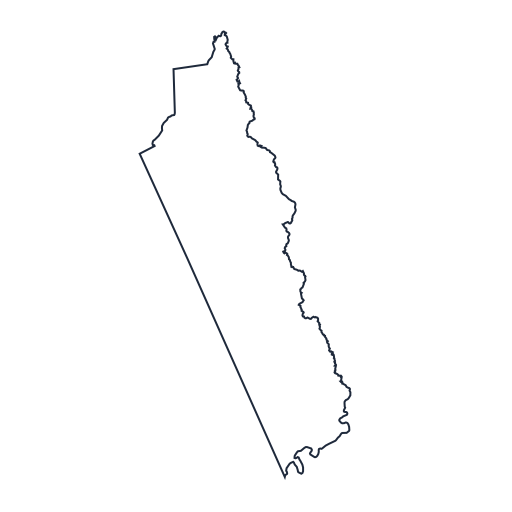 outline of Vila Rica, Mato Grosso, Brazil, rotated 242°
{"feature_id": "56859067B13975352293553", "entity_name": "Vila Rica", "entity_type": "district", "adm_level": 2, "iso_a3": "BRA", "parent_name": "Brazil", "parent_adm1": "Mato Grosso", "projection": "mercator", "projection_center": [-51.45, -10.016], "detail": "fine", "context": "isolated", "style": "outline", "palette": "slate", "viewbox_px": 512, "rotation_deg": 242, "n_neighbors": 0, "source": "geoboundaries", "source_scale": "gbopen_adm2", "svg_char_len": 6064}
<svg xmlns="http://www.w3.org/2000/svg" viewBox="0 0 512 512"><g transform="rotate(242 256 256)"><path d="M285.4,194.2L47.4,177.7L48.8,178.9L49.0,181.0L49.5,181.5L51.0,181.9L52.2,181.8L54.3,183.4L56.7,188.0L57.0,189.3L56.8,192.2L55.8,192.5L53.7,192.3L50.7,193.0L47.6,192.4L46.0,191.9L45.2,191.9L42.5,193.8L42.6,195.1L43.8,196.5L47.2,198.3L50.1,199.0L54.8,199.0L55.7,198.8L58.0,199.1L58.9,198.4L58.7,197.3L58.8,196.0L59.6,195.2L61.2,196.2L61.7,196.8L63.5,200.1L63.9,201.4L62.9,204.1L63.9,208.8L63.9,210.4L63.3,211.4L60.1,214.4L58.5,214.3L57.6,213.3L57.0,211.9L56.4,211.0L55.3,210.8L50.9,213.3L50.5,214.0L50.4,215.0L50.8,216.3L51.9,218.0L53.5,219.4L55.3,220.3L56.0,221.0L55.9,222.3L55.0,223.3L55.0,224.0L55.9,228.6L55.9,232.4L55.6,239.3L55.8,240.1L57.2,243.2L57.6,245.2L58.9,247.4L59.3,248.5L59.1,249.4L57.3,253.0L57.9,256.1L58.5,256.7L61.4,258.0L64.0,258.5L65.6,258.3L66.4,257.7L66.9,257.0L67.0,255.4L67.8,253.6L68.8,252.9L71.1,252.3L71.9,252.4L72.4,252.8L73.1,254.2L73.1,256.6L73.5,257.6L73.1,261.6L73.8,262.6L75.0,262.9L75.8,262.5L76.6,261.2L77.4,260.6L78.6,261.2L80.2,263.5L81.3,263.6L84.8,265.2L85.8,265.9L86.2,266.7L86.6,267.7L86.5,269.8L87.1,271.3L88.7,273.9L91.4,275.4L93.2,275.4L94.4,276.5L95.5,276.4L96.4,275.5L97.9,274.5L99.8,274.5L102.1,273.0L102.8,272.3L103.3,272.8L104.8,271.9L105.6,271.7L105.3,272.9L106.2,272.7L109.1,275.0L110.0,274.9L109.8,274.1L110.9,274.1L111.7,272.5L112.7,272.7L113.7,272.3L115.4,270.8L116.2,270.7L116.5,271.5L117.4,271.5L118.0,272.7L119.0,272.8L121.4,274.9L122.1,274.1L122.6,275.5L124.1,275.3L125.0,275.9L125.8,275.5L126.3,276.5L127.7,276.7L128.6,277.1L129.3,276.8L129.9,277.4L132.1,278.2L132.9,278.1L132.8,277.0L133.4,276.6L134.3,277.2L135.0,278.6L136.6,277.5L136.6,276.6L138.3,276.2L139.7,277.8L140.7,277.5L142.6,277.9L143.3,278.6L144.2,278.8L145.8,278.2L146.9,278.4L147.1,279.4L149.1,278.9L150.1,279.4L152.1,279.0L153.1,279.5L153.9,278.7L154.6,279.0L155.4,278.2L156.5,278.3L158.1,278.1L159.3,278.8L160.2,278.3L162.0,277.9L162.6,278.6L163.9,279.4L164.7,279.3L165.4,280.3L166.3,279.8L167.0,280.4L169.5,279.8L170.0,280.6L171.6,281.4L172.7,281.3L173.3,280.5L174.1,280.1L174.1,279.2L175.4,278.2L175.2,276.1L174.7,275.2L175.0,274.3L177.5,272.6L177.5,271.0L177.9,270.3L178.9,269.8L180.0,270.0L180.7,269.0L181.9,269.2L183.0,270.2L183.6,271.5L184.5,271.6L185.3,270.9L186.2,270.5L186.8,271.1L187.7,271.0L188.4,271.3L189.9,271.2L191.1,271.9L192.8,270.8L193.4,271.8L193.4,275.4L193.9,276.1L194.5,277.3L195.5,277.2L196.9,276.6L201.6,278.0L202.0,279.0L202.8,278.5L204.0,278.6L205.7,279.4L205.8,280.2L206.3,281.0L206.4,282.3L209.0,285.3L209.9,285.3L210.6,287.3L211.5,288.4L214.3,289.4L214.7,290.1L215.5,290.1L216.3,289.5L217.4,289.7L218.1,290.2L220.7,290.3L220.4,289.2L222.6,287.9L223.1,286.4L223.9,286.2L225.1,285.2L226.5,283.7L228.8,283.7L229.2,282.6L229.9,282.1L230.7,282.7L231.8,282.7L233.8,283.7L234.9,283.6L236.8,284.0L237.6,283.6L239.5,284.4L241.3,284.3L242.4,283.8L243.0,284.6L244.0,284.4L245.4,283.2L245.1,282.3L246.0,282.0L247.1,282.1L246.9,284.2L247.7,284.9L249.4,285.0L250.2,285.8L250.4,287.4L251.4,287.7L252.3,288.7L252.2,289.5L252.5,290.3L254.1,292.2L254.9,292.5L256.8,292.7L257.7,293.1L258.2,293.6L258.9,295.2L259.6,295.9L260.7,296.0L262.3,295.4L263.0,294.7L264.0,294.6L265.0,295.4L266.2,295.7L267.4,294.9L271.3,294.5L271.0,295.3L271.4,297.5L271.1,298.8L271.2,299.7L270.8,300.3L269.2,300.7L268.7,301.3L268.9,302.7L269.6,303.3L270.1,304.4L270.6,304.9L271.8,305.1L272.7,306.3L273.9,306.9L274.5,307.6L275.6,309.9L277.2,312.1L278.0,312.7L280.7,313.2L282.9,315.0L284.0,315.4L285.0,315.4L286.1,315.0L288.0,313.2L289.1,312.9L290.1,312.1L290.9,311.7L295.1,310.6L298.0,308.7L299.7,308.3L302.9,308.6L304.4,309.3L305.4,310.4L306.3,310.8L308.0,311.0L310.4,312.5L311.1,312.4L313.2,311.4L317.5,313.8L320.1,312.9L321.0,313.3L322.4,315.4L323.5,316.2L324.4,316.2L325.0,315.5L327.0,315.2L328.1,316.1L330.1,316.4L330.5,315.6L331.3,315.6L332.9,317.2L333.4,318.9L334.0,319.5L335.8,319.7L340.0,317.9L341.1,317.1L342.0,317.5L343.0,317.2L344.4,315.6L346.8,315.2L347.8,314.0L348.9,312.1L350.0,311.4L350.6,312.5L351.8,311.4L351.6,310.6L351.8,309.9L352.6,309.3L354.0,309.7L355.4,310.8L357.0,310.0L358.0,309.9L359.0,309.5L361.8,307.6L363.3,307.3L364.2,306.6L364.7,305.2L365.6,304.8L366.4,304.8L367.0,305.6L368.0,306.0L368.8,305.9L369.7,306.4L371.3,306.5L373.4,308.8L375.5,310.3L376.0,311.1L376.4,312.5L377.1,312.9L377.6,313.5L377.2,316.4L377.6,317.7L377.4,318.9L378.2,319.5L379.1,319.2L380.1,319.2L381.1,319.7L381.8,320.5L382.6,320.7L383.4,321.3L384.9,321.7L385.6,320.8L386.7,321.1L387.9,320.8L388.9,321.3L389.0,320.4L390.3,321.6L391.2,322.1L393.1,320.7L394.0,320.4L395.0,320.9L396.2,319.5L397.3,320.0L398.4,319.8L399.6,321.3L400.6,321.2L401.4,321.8L403.5,322.0L406.3,321.9L407.2,322.6L408.3,322.1L408.9,320.8L409.8,319.8L413.9,319.8L414.9,320.8L416.3,321.3L415.9,322.2L416.0,323.0L417.1,322.9L418.5,323.3L418.3,322.3L418.7,321.5L420.7,321.6L420.9,322.7L421.5,323.7L423.1,323.6L425.0,325.7L425.5,327.2L426.4,327.5L427.3,327.0L428.3,327.0L429.2,328.2L430.7,329.1L430.5,329.9L432.3,330.0L433.1,329.7L434.5,329.8L435.6,327.9L436.5,328.2L436.7,327.1L438.6,327.5L440.3,328.4L440.8,327.4L442.9,326.8L443.8,327.7L446.9,328.2L447.9,328.0L448.6,328.2L450.0,327.7L451.0,328.0L452.1,327.9L452.9,327.5L453.4,328.5L454.2,329.4L454.9,328.6L457.0,328.4L457.6,328.9L458.0,330.0L457.7,330.9L458.7,331.3L460.1,332.5L463.2,333.2L464.0,333.2L464.8,332.8L465.7,332.1L466.7,332.7L466.6,333.6L466.9,334.3L467.6,334.1L468.2,333.3L469.0,333.2L469.5,332.6L469.5,331.5L468.9,330.7L468.6,329.9L466.9,328.6L466.8,327.6L468.0,326.4L467.0,323.7L465.9,322.3L467.5,322.2L468.5,323.1L469.2,322.9L469.1,321.9L466.9,320.9L465.5,320.8L464.6,320.0L465.1,319.1L463.9,317.8L458.3,316.8L457.7,316.4L456.3,314.2L452.3,310.2L451.0,306.3L450.3,305.2L448.2,303.0L459.7,270.9L420.6,251.6L419.5,250.8L418.9,250.0L419.7,247.4L419.3,246.0L419.6,244.8L419.5,243.3L418.0,241.4L416.8,237.0L414.9,234.1L413.1,233.0L410.9,232.1L407.9,226.7L406.2,221.2L406.1,219.9L405.6,218.8L403.8,217.3L402.5,217.0L401.6,218.2L400.7,218.1L400.9,201.3L285.4,194.2Z" fill="none" stroke="#1e293b" stroke-width="2"/></g></svg>